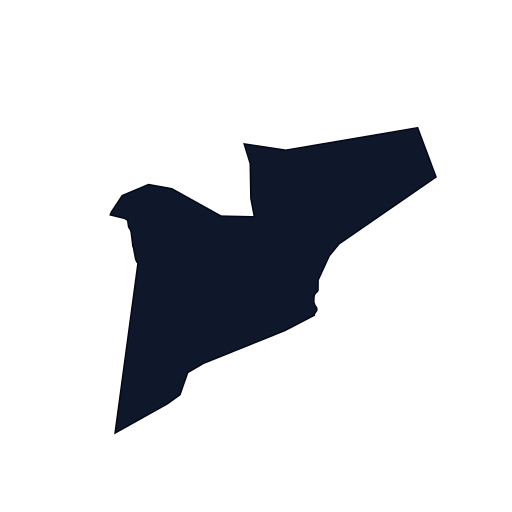 the Parish of Saint John, rotated 67°
{"feature_id": "DMA-1435", "entity_name": "Saint John", "entity_type": "Parish", "adm_level": 1, "iso_a3": "DMA", "parent_name": "Dominica", "parent_adm1": "", "projection": "robinson", "projection_center": [-61.45, 15.568], "detail": "fine", "context": "isolated", "style": "filled", "palette": "ink", "viewbox_px": 512, "rotation_deg": 67, "n_neighbors": 0, "source": "natural_earth", "source_scale": "10m", "svg_char_len": 792}
<svg xmlns="http://www.w3.org/2000/svg" viewBox="0 0 512 512"><g transform="rotate(67 256 256)"><path d="M161.2,374.1L158.9,371.8L148.1,355.5L148.2,327.0L161.2,307.2L205.6,272.6L219.3,242.2L200.9,238.2L168.7,225.2L148.2,223.1L170.2,187.3L201.1,57.1L253.6,59.4L277.3,174.8L284.4,188.4L302.4,208.2L312.0,212.4L312.7,213.7L313.9,216.4L314.9,217.6L316.0,218.4L320.7,220.7L322.1,220.9L324.6,221.0L325.8,220.7L326.7,220.6L327.6,220.4L328.4,220.7L329.3,221.0L330.1,221.6L332.1,224.9L333.3,225.4L335.9,258.4L334.3,346.4L336.6,364.4L354.0,380.2L357.4,395.2L363.9,454.9L216.4,367.4L215.4,367.9L213.7,368.1L211.7,368.0L200.3,365.5L199.2,365.6L185.3,361.6L183.1,361.3L180.6,361.8L179.0,361.8L173.1,360.2L171.0,361.5L169.9,362.5L161.2,374.1Z" fill="#0f172a" stroke="#020617" stroke-width="1.5"/></g></svg>